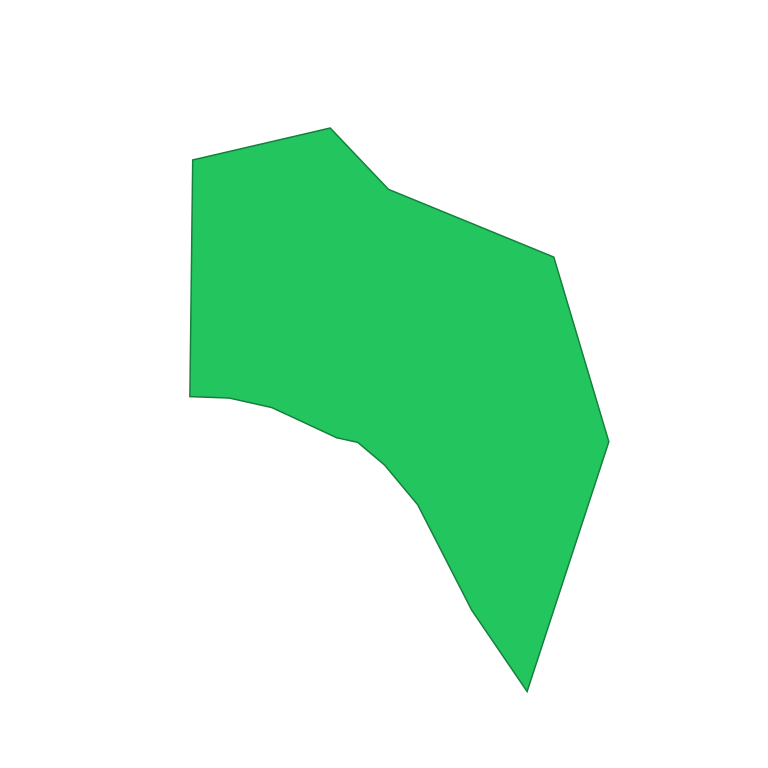 map outline of Waterford (orthographic projection), rotated 210°
{"feature_id": "IRL-5571", "entity_name": "Waterford", "entity_type": "City", "adm_level": 1, "iso_a3": "IRL", "parent_name": "Ireland", "parent_adm1": "", "projection": "orthographic", "projection_center": [-7.082, 52.239], "detail": "fine", "context": "isolated", "style": "filled", "palette": "green", "viewbox_px": 768, "rotation_deg": 210, "n_neighbors": 0, "source": "natural_earth", "source_scale": "10m", "svg_char_len": 351}
<svg xmlns="http://www.w3.org/2000/svg" viewBox="0 0 768 768"><g transform="rotate(210 384 384)"><path d="M106.3,189.2L195.0,232.0L294.5,296.3L343.0,314.1L377.6,320.3L398.0,313.8L469.3,307.5L511.1,294.4L545.8,276.0L661.7,482.4L558.6,578.8L477.4,554.8L300.4,578.8L160.4,446.4L106.3,189.2Z" fill="#22c55e" stroke="#15803d" stroke-width="1.5"/></g></svg>